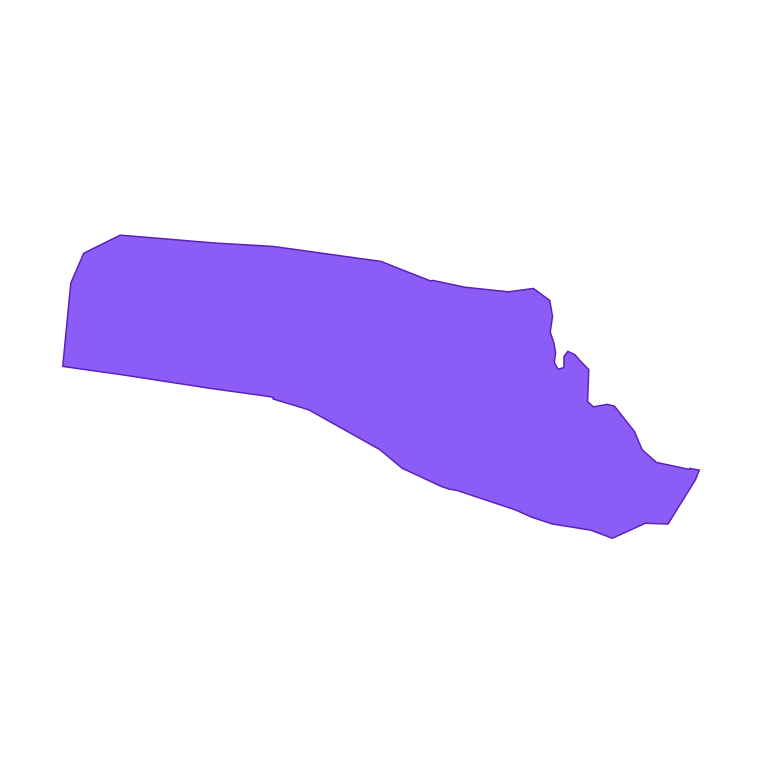 the district of Um Baru, North Darfur, Sudan, rotated 278°
{"feature_id": "16777658B26622342825559", "entity_name": "Um Baru", "entity_type": "district", "adm_level": 2, "iso_a3": "SDN", "parent_name": "Sudan", "parent_adm1": "North Darfur", "projection": "albers", "projection_center": [24.187, 15.315], "detail": "fine", "context": "isolated", "style": "filled", "palette": "violet", "viewbox_px": 768, "rotation_deg": 278, "n_neighbors": 0, "source": "geoboundaries", "source_scale": "gbopen_adm2", "svg_char_len": 1115}
<svg xmlns="http://www.w3.org/2000/svg" viewBox="0 0 768 768"><g transform="rotate(278 384 384)"><path d="M493.1,417.3L492.6,416.6L492.4,416.4L494.0,409.6L495.1,405.0L498.7,390.0L500.8,381.2L505.0,363.7L505.0,350.6L504.9,339.1L504.9,313.8L504.9,313.5L504.8,257.1L504.8,256.0L504.8,255.1L500.0,196.1L498.6,171.5L494.7,102.1L471.8,68.5L440.4,59.8L356.9,63.4L356.7,63.5L356.7,103.1L356.7,119.5L355.9,180.5L355.7,201.0L355.5,206.2L355.5,214.5L355.5,230.5L355.6,256.7L355.6,259.1L355.6,269.6L355.4,276.2L353.7,276.3L350.9,294.5L347.9,313.2L318.3,389.3L303.1,413.7L290.4,455.4L288.9,463.9L288.9,470.1L277.8,530.8L272.5,549.5L268.8,570.1L268.0,609.0L263.0,631.6L282.4,662.0L284.9,684.7L285.0,684.8L332.7,705.8L342.6,708.2L343.0,698.4L341.9,697.8L344.3,664.7L354.7,648.9L371.8,638.6L394.2,615.2L394.9,607.8L390.5,594.6L394.9,588.1L408.9,586.6L426.8,584.8L431.9,578.0L439.7,568.7L441.9,561.5L436.3,558.4L425.4,559.9L422.8,554.3L429.1,549.6L438.9,549.6L448.8,546.3L458.5,541.4L474.4,541.5L489.8,536.5L499.4,518.6L492.6,494.3L491.1,450.1L493.4,418.1L493.1,417.3Z" fill="#8b5cf6" stroke="#5b21b6" stroke-width="1.5"/></g></svg>